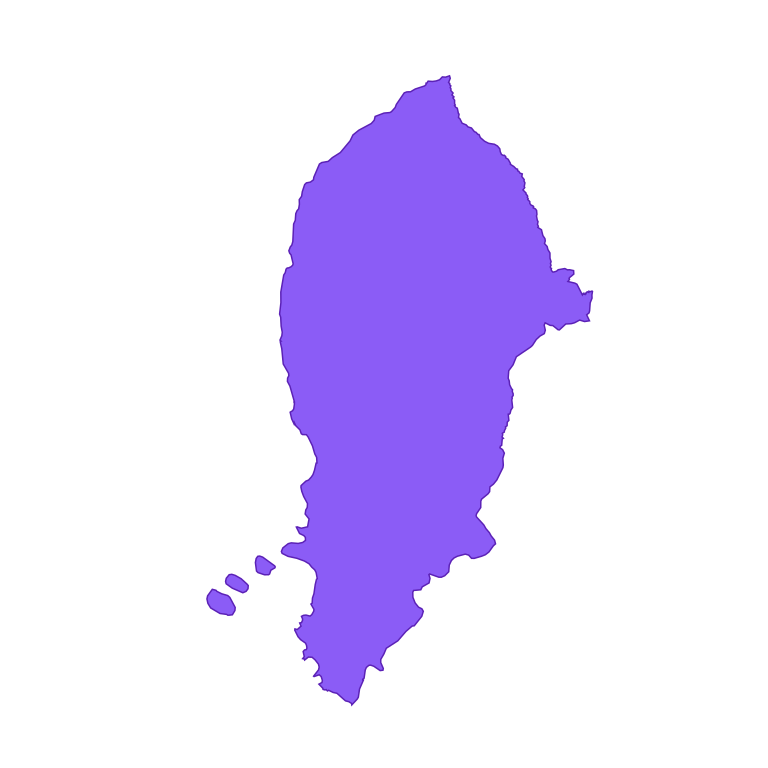 the district of Lombok Utara, Nusa Tenggara Barat, Indonesia, rotated 308°
{"feature_id": "22746128B90862663975631", "entity_name": "Lombok Utara", "entity_type": "district", "adm_level": 2, "iso_a3": "IDN", "parent_name": "Indonesia", "parent_adm1": "Nusa Tenggara Barat", "projection": "robinson", "projection_center": [116.286, -8.345], "detail": "fine", "context": "isolated", "style": "filled", "palette": "violet", "viewbox_px": 768, "rotation_deg": 308, "n_neighbors": 0, "source": "geoboundaries", "source_scale": "gbopen_adm2", "svg_char_len": 6174}
<svg xmlns="http://www.w3.org/2000/svg" viewBox="0 0 768 768"><g transform="rotate(308 384 384)"><path d="M478.6,473.9L487.0,471.5L503.4,476.8L505.8,477.2L512.8,476.6L517.8,477.4L522.4,479.3L525.7,478.0L529.0,474.0L531.4,473.3L532.5,478.8L534.0,481.1L533.9,487.7L534.6,488.9L543.2,490.3L546.9,494.5L549.6,496.5L554.8,498.8L556.7,503.6L560.3,507.0L563.3,501.1L566.3,501.8L568.2,501.0L574.9,496.5L579.7,495.1L582.2,493.0L585.3,491.3L585.3,490.7L583.5,489.5L583.3,488.4L582.2,488.9L581.8,487.4L580.4,487.1L579.6,487.6L579.1,486.6L578.4,487.3L577.7,486.0L578.0,485.3L576.3,485.5L581.4,474.6L581.0,472.3L578.0,465.8L580.6,465.8L581.2,464.8L582.1,464.7L587.5,465.9L590.1,463.6L588.3,459.9L586.9,458.3L586.3,455.4L581.3,450.9L579.1,450.5L576.7,448.8L576.1,447.8L576.6,446.1L576.9,445.4L578.2,444.8L578.0,443.8L578.6,442.9L580.3,442.6L581.5,440.9L583.2,440.4L585.3,437.4L589.4,434.1L590.9,430.3L592.8,427.9L593.5,424.0L596.0,423.0L597.6,421.4L598.8,417.8L602.5,413.1L602.1,408.8L603.4,408.5L604.2,406.7L606.8,405.4L607.4,404.0L610.3,400.7L611.8,400.1L614.7,397.4L615.2,395.6L614.7,393.1L615.8,392.8L616.1,391.5L615.5,390.1L616.0,387.8L617.5,386.6L617.9,383.6L618.8,383.5L619.4,381.9L620.3,381.7L620.8,380.9L621.1,379.0L621.9,378.4L622.5,374.0L625.4,374.0L626.0,372.9L629.3,371.2L630.1,369.4L631.4,368.6L632.3,364.9L634.7,363.6L633.9,361.4L634.6,359.2L634.3,358.1L635.5,356.9L634.9,355.6L635.3,352.5L634.9,348.3L635.7,347.8L637.5,343.5L637.2,340.6L638.2,339.8L638.3,337.9L637.5,337.2L637.2,335.2L638.7,332.5L640.6,330.5L641.4,326.9L640.9,323.4L638.1,318.3L637.2,313.8L637.5,308.2L639.1,305.3L638.5,304.2L639.0,301.6L638.5,299.9L639.6,295.3L638.3,291.9L638.8,289.3L637.6,285.0L639.8,280.4L639.8,278.7L642.9,277.0L642.9,276.2L646.5,271.9L646.2,270.2L646.8,268.2L647.7,268.4L648.3,267.1L651.1,264.9L651.9,262.2L653.3,262.4L653.6,259.6L655.8,259.3L656.4,256.0L657.8,255.1L658.3,253.7L660.1,253.1L660.3,251.5L661.3,250.8L661.3,249.3L665.7,248.0L667.2,245.9L663.7,243.6L661.9,240.9L658.0,240.5L655.0,238.6L652.3,236.0L649.8,232.3L647.5,232.5L646.9,231.9L645.8,232.8L643.9,232.5L635.7,227.0L630.6,225.0L628.3,222.2L625.9,220.7L611.9,221.6L608.8,222.6L603.2,222.2L601.5,221.5L597.5,217.2L589.4,212.3L585.8,213.9L581.4,213.6L568.5,207.9L561.1,206.2L554.7,207.6L539.5,207.1L530.5,203.9L525.1,203.0L520.2,198.6L517.6,197.7L503.7,201.4L501.5,202.7L497.8,201.7L494.7,199.0L492.3,198.7L485.3,201.2L481.2,203.5L477.1,203.7L473.5,206.7L469.5,208.9L466.9,208.8L463.9,209.6L458.4,213.3L454.4,214.3L440.2,224.4L436.8,225.8L434.2,225.8L430.4,227.0L429.0,229.1L428.5,231.3L422.8,238.4L421.4,238.9L419.2,238.6L416.7,237.3L415.8,236.3L414.2,236.1L411.0,237.6L408.1,237.9L392.9,246.1L384.6,252.7L374.8,258.7L373.0,261.5L366.3,267.3L362.1,272.0L359.1,273.8L354.6,275.0L354.4,276.3L354.0,275.8L353.1,276.6L348.8,281.8L337.7,292.3L333.7,302.2L331.9,303.9L329.3,304.4L326.6,306.3L324.4,311.2L314.7,324.5L314.3,324.2L313.3,325.6L308.8,328.2L306.6,328.4L304.0,327.4L299.7,332.7L297.2,337.6L298.4,337.0L296.8,340.2L296.1,346.0L293.9,349.4L294.0,350.9L296.3,354.1L295.5,356.9L291.2,365.7L286.3,372.5L284.7,376.1L280.5,379.8L279.9,379.2L273.3,382.3L268.9,383.8L266.0,384.0L261.9,383.7L259.3,382.2L252.9,381.2L251.5,382.1L248.8,385.3L245.9,390.0L242.7,397.3L239.5,399.5L236.6,399.9L233.0,401.9L231.5,408.0L224.4,411.7L219.4,407.6L218.0,403.6L217.3,403.0L214.2,409.5L215.2,414.1L214.7,416.5L212.4,418.4L209.1,417.5L205.6,414.6L201.7,408.7L199.2,406.8L192.6,405.2L188.9,406.2L187.8,408.0L189.1,414.5L193.0,422.6L195.5,430.3L196.2,435.7L195.2,439.8L194.9,443.8L193.7,446.5L189.5,451.3L188.6,451.0L183.6,453.3L175.6,457.9L171.3,459.4L167.1,462.3L165.6,461.9L163.3,467.5L161.7,468.5L157.7,469.1L155.6,468.6L153.9,464.8L152.2,463.0L150.1,462.0L148.8,464.4L147.6,465.3L145.1,465.9L143.8,464.7L142.1,467.7L137.1,466.8L136.2,464.6L135.1,465.2L131.9,471.9L131.2,475.6L131.5,481.7L130.3,483.9L128.5,485.8L126.9,486.3L125.5,485.1L123.4,485.0L120.1,489.0L117.5,489.0L118.2,490.5L117.6,491.4L122.2,492.5L124.4,495.5L124.2,499.5L122.9,504.8L121.0,507.2L118.4,508.4L110.4,508.4L110.4,509.0L115.0,512.0L114.8,514.6L112.5,517.9L110.6,518.9L107.4,517.5L106.6,523.0L105.8,524.0L106.6,525.9L107.6,526.6L107.3,528.4L108.6,529.0L109.6,533.8L111.3,537.3L110.6,548.7L112.0,551.9L112.3,555.1L111.3,556.2L119.3,556.9L121.4,556.6L128.6,552.5L137.9,550.1L137.7,549.3L138.3,549.0L139.6,549.5L140.5,549.1L147.1,545.3L149.8,544.6L153.0,545.3L154.2,546.5L155.3,549.7L155.8,557.4L157.8,559.4L159.4,558.6L162.5,552.9L165.0,551.0L171.3,550.1L177.2,548.5L190.1,553.0L202.5,553.6L210.6,555.2L212.1,556.7L224.2,556.8L229.1,554.9L230.2,552.2L229.4,548.6L230.7,543.2L233.7,538.1L237.6,534.9L239.5,534.4L244.5,539.7L247.7,539.0L255.0,542.0L259.2,539.9L261.5,536.7L262.4,536.9L265.5,546.1L267.0,548.1L270.3,549.9L275.9,550.6L281.5,546.9L286.4,545.8L290.1,546.3L293.5,547.9L300.0,552.8L301.3,556.1L300.5,560.3L302.2,562.5L308.3,566.9L311.9,569.0L316.2,570.1L323.9,569.8L326.7,570.3L329.0,567.3L330.3,561.9L331.7,558.6L332.8,553.3L334.4,549.4L336.2,538.8L337.0,537.6L338.8,536.8L346.2,536.3L351.3,532.4L353.4,531.8L361.6,533.6L364.2,533.5L368.1,530.8L372.5,531.9L377.8,532.0L391.3,529.2L393.6,527.9L398.6,523.4L403.6,521.4L405.3,517.8L405.1,514.6L406.7,514.0L408.1,514.5L413.5,511.0L414.7,511.5L414.9,509.6L417.0,508.9L418.0,507.6L420.2,508.4L421.2,507.7L424.2,507.1L425.0,506.1L426.9,506.7L429.8,504.6L432.2,504.8L436.7,500.5L437.6,501.4L438.6,501.4L441.5,500.1L444.7,499.8L450.1,494.5L451.8,493.8L452.5,492.9L454.4,492.9L455.8,491.8L457.0,489.8L458.7,488.7L458.8,487.4L460.8,483.4L463.6,480.7L465.0,478.3L471.3,474.1L478.6,473.9ZM108.8,406.6L113.7,406.0L116.3,404.3L120.9,393.9L121.1,391.1L118.8,385.3L117.7,380.0L118.0,378.6L116.5,375.1L108.5,375.4L105.6,376.8L102.7,380.3L100.8,385.3L102.2,396.1L105.6,401.9L105.6,403.2L106.3,404.1L108.8,406.6ZM138.9,402.9L141.6,401.1L142.0,399.2L142.6,391.3L141.6,384.6L140.3,381.2L138.4,379.4L133.8,379.3L130.9,380.7L129.4,382.6L129.7,390.1L132.6,401.3L135.7,403.0L138.9,402.9ZM173.4,409.8L172.9,395.0L171.9,392.0L170.5,390.6L167.8,390.7L164.1,392.6L158.1,398.7L157.8,400.8L160.1,407.3L162.7,410.5L163.9,410.8L167.6,409.5L171.9,411.2L172.9,410.9L173.4,409.8Z" fill="#8b5cf6" stroke="#5b21b6" stroke-width="1.5"/></g></svg>